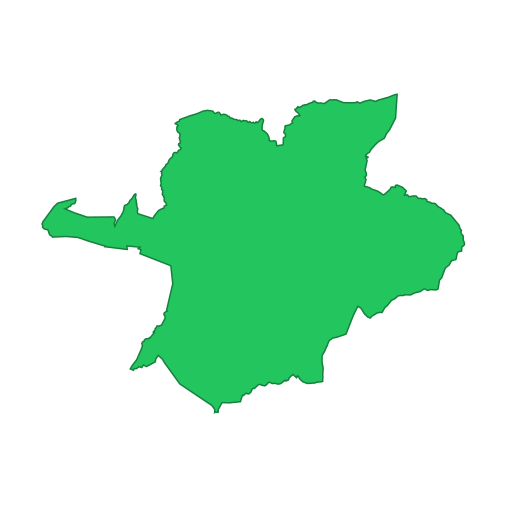 outline of Terrenate, Tlaxcala, Mexico, rotated 353°
{"feature_id": "50627088B28943276063630", "entity_name": "Terrenate", "entity_type": "district", "adm_level": 2, "iso_a3": "MEX", "parent_name": "Mexico", "parent_adm1": "Tlaxcala", "projection": "albers", "projection_center": [-97.935, 19.48], "detail": "fine", "context": "isolated", "style": "filled", "palette": "green", "viewbox_px": 512, "rotation_deg": 353, "n_neighbors": 0, "source": "geoboundaries", "source_scale": "gbopen_adm2", "svg_char_len": 6141}
<svg xmlns="http://www.w3.org/2000/svg" viewBox="0 0 512 512"><g transform="rotate(353 256 256)"><path d="M415.8,112.7L413.3,112.8L407.2,114.5L396.7,116.1L393.6,117.1L388.3,115.0L381.7,115.8L377.8,117.0L375.0,115.2L374.2,115.9L368.8,115.5L361.4,114.4L354.8,110.8L348.1,110.0L342.6,112.9L341.2,112.8L339.1,112.0L336.2,111.8L335.0,111.0L334.7,111.1L333.1,109.3L331.6,109.4L331.4,110.2L326.2,111.3L325.4,112.0L322.7,111.9L322.1,112.3L321.3,112.0L317.7,113.8L315.8,113.0L315.8,113.9L314.8,113.8L314.0,114.8L312.5,115.1L312.4,115.5L313.7,117.8L314.9,118.6L317.0,122.7L316.2,122.1L314.0,121.9L311.5,122.5L308.3,126.1L308.1,127.2L308.5,128.3L305.1,130.0L301.0,130.3L300.6,130.8L300.3,132.9L298.7,136.4L298.8,137.3L300.0,138.5L299.9,140.7L299.5,141.4L298.2,141.7L297.5,142.5L296.7,147.9L296.1,149.0L290.0,149.1L289.8,144.9L289.5,144.3L287.7,143.7L286.0,144.0L283.4,143.2L283.3,139.6L282.3,136.6L280.9,134.7L279.1,132.8L278.1,132.4L277.6,131.5L277.5,130.5L278.0,127.3L280.0,122.4L279.7,121.2L278.6,120.2L276.8,120.9L275.8,122.2L273.9,123.7L273.3,123.8L272.8,123.0L272.5,122.8L271.6,123.7L270.9,124.0L270.2,123.8L269.7,122.9L268.4,123.4L267.6,123.3L266.2,121.8L265.8,121.8L265.1,122.5L264.4,122.5L263.4,120.9L261.8,120.3L260.6,120.5L259.9,119.8L257.6,120.8L256.5,119.2L254.6,119.4L253.6,118.3L250.8,117.7L248.8,116.1L247.5,116.1L246.3,114.2L244.7,113.6L244.4,112.8L242.9,111.9L241.2,111.3L238.5,111.9L237.1,109.2L236.6,108.8L235.0,108.8L233.5,109.6L232.6,109.4L232.1,109.1L230.9,107.1L230.1,106.7L225.5,105.5L221.3,105.7L214.6,107.6L208.1,108.7L196.9,111.3L196.5,112.4L196.0,112.9L194.1,113.4L191.9,114.6L192.0,115.0L192.7,115.1L194.6,116.9L194.5,117.4L193.2,118.3L192.8,121.3L193.3,123.2L195.4,125.3L195.0,128.1L194.2,129.4L194.4,131.4L195.1,132.7L194.5,133.7L194.5,134.9L193.1,135.1L192.6,136.1L193.5,138.2L194.8,139.8L194.0,141.0L191.9,141.8L190.3,143.9L187.9,143.3L186.8,143.8L185.7,145.4L185.3,147.3L183.5,148.3L181.5,150.0L179.8,153.2L177.6,154.5L177.5,155.5L176.8,155.8L176.1,156.8L175.6,156.9L175.3,157.5L173.9,158.5L172.8,160.0L172.0,160.4L172.7,160.8L172.8,161.3L172.3,162.1L172.6,164.2L170.7,167.2L170.7,172.7L169.8,174.4L170.3,175.5L170.7,175.9L170.5,178.6L171.4,179.5L170.5,183.8L171.7,185.4L171.5,186.4L172.0,187.1L172.1,187.9L171.6,188.9L171.8,190.9L172.3,191.1L173.1,192.5L173.5,194.6L171.0,195.3L170.5,197.2L170.2,197.5L169.3,197.3L164.9,198.9L160.0,203.7L158.1,206.2L144.1,199.7L143.6,198.4L143.7,197.2L144.4,194.9L143.7,191.3L143.9,190.3L143.6,189.7L144.1,189.1L143.7,188.3L143.8,185.9L143.5,184.0L143.7,182.2L144.4,180.5L144.1,179.7L143.4,179.8L142.7,180.3L140.5,183.1L139.0,184.6L137.8,185.3L136.3,187.6L134.3,189.2L131.8,189.8L130.8,191.9L130.4,193.8L129.5,196.0L126.8,199.8L123.2,203.4L119.5,209.3L119.1,206.8L119.3,206.0L120.8,203.6L120.9,202.7L120.3,200.8L119.7,199.9L93.3,196.9L80.8,190.9L72.1,185.9L75.1,185.2L76.1,184.3L77.9,184.0L79.0,182.5L79.9,181.9L82.3,181.9L83.5,180.1L84.0,178.6L84.1,176.8L65.5,179.4L61.6,182.3L48.6,196.1L48.3,197.1L47.5,198.0L48.0,199.5L47.7,201.5L48.8,203.0L50.2,203.8L52.4,204.5L52.8,205.0L53.2,207.7L54.0,210.1L56.3,211.8L56.3,212.4L70.1,213.5L81.5,215.9L92.4,221.2L107.7,227.9L107.3,228.4L129.0,233.8L129.0,230.3L141.9,233.1L140.0,234.4L142.6,235.8L141.1,239.5L169.2,254.7L170.3,255.6L170.0,273.4L160.7,298.7L161.0,299.9L160.2,300.0L157.6,301.7L157.6,303.4L158.1,303.9L158.4,306.4L153.8,313.1L151.1,313.8L149.3,313.3L147.6,315.8L147.5,315.5L147.2,315.6L147.3,316.4L144.8,319.0L145.8,319.5L140.9,324.3L140.3,324.1L139.8,324.7L139.0,324.9L137.5,324.7L136.0,325.0L134.9,326.0L134.4,327.0L132.8,327.5L132.0,329.0L132.4,331.2L131.2,333.8L125.6,343.3L124.4,345.0L119.9,349.5L117.0,353.3L117.9,352.8L120.3,354.5L121.5,353.0L123.8,353.2L126.4,351.6L129.0,352.8L131.0,350.5L133.8,352.4L143.1,348.8L144.1,345.8L146.9,342.8L150.6,347.0L152.1,350.6L164.8,373.7L194.1,399.1L196.0,402.6L196.4,403.8L195.9,406.3L196.5,406.0L199.3,406.5L200.0,403.5L204.5,397.4L211.6,398.5L222.8,398.7L225.5,392.7L226.6,393.0L228.9,391.3L229.7,391.1L231.4,392.0L232.5,391.8L234.2,390.6L236.1,387.5L236.9,387.2L238.4,387.2L242.3,384.3L243.8,383.7L246.8,385.3L248.9,385.9L250.5,385.3L253.1,383.0L254.1,383.1L256.8,384.6L259.3,384.7L262.4,385.9L264.1,385.8L265.3,385.5L269.1,383.1L269.9,382.9L269.7,383.5L270.8,383.7L273.1,383.0L274.3,380.8L278.1,378.1L281.5,381.8L282.6,380.0L283.6,381.1L284.7,383.8L287.1,386.5L291.1,388.7L294.7,389.1L297.3,389.0L298.2,389.3L301.2,388.7L306.1,388.8L307.0,388.5L307.1,386.7L307.6,384.6L307.8,381.8L309.0,375.5L308.6,369.4L309.5,362.8L312.5,359.0L314.9,354.7L315.8,353.8L316.6,351.8L318.4,348.9L322.2,346.8L326.2,346.5L335.8,344.5L345.1,327.3L350.9,318.3L353.8,320.6L356.6,326.6L359.6,330.3L361.9,331.5L363.7,329.8L369.2,327.4L372.0,327.0L374.2,327.5L377.6,322.9L380.4,321.1L385.0,316.6L388.9,315.2L391.9,313.0L394.5,312.8L397.0,313.2L399.3,312.7L404.8,313.5L408.8,312.0L414.7,311.3L418.5,309.3L419.9,309.4L421.3,310.6L422.5,311.1L425.1,310.6L430.5,311.6L432.2,311.2L432.8,310.6L435.0,302.9L435.7,301.9L437.6,300.4L442.2,291.5L443.4,290.4L446.6,288.5L448.8,285.4L450.1,284.4L453.9,283.9L454.6,282.6L455.2,280.2L456.4,277.3L457.4,276.4L460.6,276.2L461.4,272.0L463.5,271.0L464.2,270.2L464.5,268.3L463.7,265.7L464.1,261.4L462.4,258.7L462.3,257.4L463.0,255.6L461.9,253.6L461.2,250.0L454.3,239.2L449.6,236.3L448.6,234.9L448.3,233.6L444.4,230.3L442.8,229.2L440.7,226.2L439.0,225.3L437.1,225.2L435.5,224.0L432.3,222.7L432.3,221.0L430.8,219.6L428.2,219.5L426.4,218.8L424.0,218.6L422.5,216.2L421.6,215.8L419.4,215.6L415.0,215.8L414.5,215.3L414.2,214.2L413.6,213.7L410.8,213.7L413.1,209.8L409.8,205.7L404.8,202.8L403.8,202.7L402.9,203.2L402.9,204.3L402.5,205.0L400.5,204.1L398.5,204.1L397.9,205.3L396.6,206.6L391.1,210.4L390.0,210.8L389.0,210.4L387.4,208.6L384.6,206.4L378.7,203.5L377.8,202.5L375.2,201.1L372.2,200.1L372.3,198.7L373.7,195.9L374.5,193.4L373.6,191.0L374.8,190.1L375.5,189.2L375.6,187.3L374.8,184.3L374.9,183.5L377.9,174.9L377.3,172.5L377.6,172.1L378.6,172.1L379.3,171.6L378.9,171.2L376.8,170.5L376.7,170.1L379.1,167.8L381.2,166.9L383.0,164.5L387.4,160.5L391.5,157.4L397.7,154.8L400.4,150.5L403.9,147.1L411.3,136.2L415.8,112.7Z" fill="#22c55e" stroke="#15803d" stroke-width="1.5"/></g></svg>